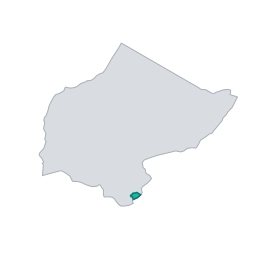 Maracha highlighted on a map of Uganda, rotated 210°
{"feature_id": "UGA-3087", "entity_name": "Maracha", "entity_type": "District", "adm_level": 1, "iso_a3": "UGA", "parent_name": "Uganda", "parent_adm1": "", "projection": "mercator", "projection_center": [30.901, 3.252], "detail": "fine", "context": "in_parent", "style": "filled", "palette": "teal", "viewbox_px": 256, "rotation_deg": 210, "n_neighbors": 0, "source": "natural_earth", "source_scale": "10m", "svg_char_len": 2455}
<svg xmlns="http://www.w3.org/2000/svg" viewBox="0 0 256 256"><g transform="rotate(210 128 128)"><path d="M176.2,198.2L172.9,198.2L167.7,198.2L162.5,198.2L157.2,198.2L152.0,198.2L146.7,198.2L141.5,198.2L136.2,198.2L131.0,198.2L125.8,198.2L120.5,198.2L115.3,198.2L110.0,198.2L104.8,198.2L99.5,198.2L94.3,198.2L89.1,198.2L86.0,198.2L85.3,198.1L84.9,197.9L82.9,198.3L80.9,199.6L78.7,200.2L76.4,199.9L76.1,200.1L74.9,200.0L73.2,200.0L71.7,200.3L70.5,201.4L69.3,203.4L67.2,205.6L65.5,207.6L64.1,209.0L60.8,211.3L59.0,212.0L58.1,211.9L57.6,211.4L56.5,208.5L55.9,208.0L49.5,209.5L48.6,209.5L48.7,208.6L48.2,201.7L48.1,197.4L49.0,194.8L49.5,191.7L49.5,189.0L50.7,184.4L50.2,181.6L51.7,172.0L52.1,170.4L52.7,165.7L53.7,164.3L54.5,163.7L55.6,160.8L57.7,156.3L59.1,153.9L58.8,148.7L59.0,145.2L59.4,144.4L62.5,143.1L66.5,139.9L68.1,136.1L70.5,133.6L75.1,132.1L88.9,119.0L95.2,111.9L98.0,108.3L98.1,107.0L98.6,105.3L97.5,104.0L96.2,102.8L95.7,101.6L94.6,101.1L93.0,101.1L91.9,100.3L90.7,98.7L89.4,97.7L85.5,97.8L82.5,96.2L82.6,94.0L83.8,89.6L86.0,84.6L86.1,83.2L85.8,82.1L85.3,81.1L84.3,80.1L83.3,78.9L84.0,75.3L85.5,71.8L86.6,70.0L87.8,68.0L87.5,66.4L85.8,65.6L86.7,64.0L88.5,61.4L92.0,58.7L95.0,56.9L97.1,56.9L101.1,58.3L104.7,60.0L106.7,60.1L109.1,59.4L114.1,56.4L115.3,57.3L116.7,59.2L118.3,62.2L121.5,63.5L123.0,64.5L124.0,64.7L124.6,64.5L125.8,62.1L127.3,60.9L129.9,59.2L135.8,57.9L140.0,57.6L141.8,57.3L144.8,56.5L149.4,54.1L154.1,57.2L159.1,57.8L164.0,57.8L165.4,56.8L166.3,56.1L171.4,51.0L178.3,44.0L182.9,53.8L184.5,54.4L184.3,55.3L183.9,56.1L186.9,58.4L190.6,59.7L191.9,60.9L192.0,62.2L190.8,67.9L191.0,69.5L192.2,75.3L194.4,76.6L196.4,82.3L200.3,84.8L200.9,85.5L201.8,88.3L203.0,91.3L204.0,92.0L204.6,92.2L205.7,95.5L205.1,97.3L206.0,102.8L207.4,107.8L207.8,113.7L207.9,116.3L207.8,117.9L207.5,120.1L206.8,121.4L205.5,122.7L204.1,124.7L202.9,126.8L202.1,127.9L202.7,131.1L202.6,131.9L202.2,132.3L200.4,132.8L198.2,133.6L196.8,134.5L194.8,136.1L193.2,137.9L191.1,143.0L187.6,147.0L187.1,148.4L183.8,150.8L182.3,153.7L181.4,157.3L180.1,159.9L177.3,163.5L176.7,169.1L176.8,180.3L176.1,193.1L176.2,198.2Z" fill="#d9dde1" stroke="#a8b0b8" stroke-width="1"/><path d="M83.6,76.5L84.8,72.8L85.3,71.8L85.4,71.7L85.8,71.6L86.0,71.4L86.0,71.1L86.7,70.0L87.5,69.0L87.7,68.7L88.5,69.5L89.3,70.2L90.2,70.6L90.5,70.3L90.9,70.0L92.1,70.9L91.4,72.2L91.2,73.8L90.3,74.7L89.1,75.5L88.1,76.6L84.9,76.5L83.6,76.5Z" fill="#14b8a6" stroke="#0f766e" stroke-width="1.5"/></g></svg>